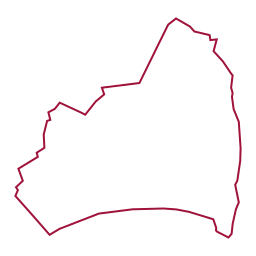 Brunswick, North Carolina, United States of America (Equal Earth projection)
{"feature_id": "52423323B12833551098527", "entity_name": "Brunswick", "entity_type": "district", "adm_level": 2, "iso_a3": "USA", "parent_name": "United States of America", "parent_adm1": "North Carolina", "projection": "equal_earth", "projection_center": [-78.244, 34.108], "detail": "fine", "context": "isolated", "style": "outline", "palette": "rose", "viewbox_px": 256, "rotation_deg": 0, "n_neighbors": 0, "source": "geoboundaries", "source_scale": "gbopen_adm2", "svg_char_len": 850}
<svg xmlns="http://www.w3.org/2000/svg" viewBox="0 0 256 256"><path d="M168.2,24.6L156.7,47.8L155.9,49.5L147.6,66.4L139.5,82.8L139.4,83.0L101.9,87.7L104.2,94.4L95.7,101.5L85.2,114.7L81.4,112.7L59.7,102.7L54.9,108.8L48.4,112.3L50.3,119.9L47.1,120.9L43.7,134.6L44.4,147.8L36.7,152.7L37.8,156.9L18.4,168.7L22.8,180.8L16.0,187.2L17.9,190.1L15.4,196.0L24.4,206.1L26.1,208.0L37.3,220.7L49.6,234.8L59.6,228.8L98.8,213.6L132.6,209.3L163.4,208.5L176.2,209.4L189.2,211.9L213.3,219.3L216.2,227.8L216.0,230.5L217.0,231.6L228.4,237.5L231.6,233.8L232.7,223.7L235.9,209.3L238.8,202.4L235.2,184.8L237.3,180.7L240.2,161.0L240.6,148.4L238.8,121.8L233.6,109.0L232.0,96.8L232.6,92.9L231.1,87.7L232.6,75.4L231.0,73.4L222.9,61.4L213.6,51.2L216.7,39.4L210.4,40.1L209.6,35.1L194.4,31.5L189.9,26.5L176.0,18.5L168.2,24.6Z" fill="none" stroke="#9f1239" stroke-width="2"/></svg>